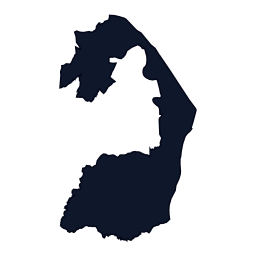 Calamar, Bolívar, Colombia
{"feature_id": "7082276B23618457670611", "entity_name": "Calamar", "entity_type": "district", "adm_level": 2, "iso_a3": "COL", "parent_name": "Colombia", "parent_adm1": "Bolívar", "projection": "robinson", "projection_center": [-75.024, 10.234], "detail": "fine", "context": "isolated", "style": "filled", "palette": "ink", "viewbox_px": 256, "rotation_deg": 0, "n_neighbors": 0, "source": "geoboundaries", "source_scale": "gbopen_adm2", "svg_char_len": 5693}
<svg xmlns="http://www.w3.org/2000/svg" viewBox="0 0 256 256"><path d="M109.6,15.4L109.5,18.5L109.1,18.7L109.1,19.5L108.3,20.3L104.7,21.5L103.6,23.3L101.2,23.9L101.0,24.7L100.3,24.8L99.6,24.1L99.6,23.0L98.8,23.3L97.3,25.3L97.3,26.4L97.0,25.7L96.6,26.1L96.4,28.4L95.6,30.2L93.7,31.2L92.6,32.3L91.5,32.3L91.3,32.7L91.3,32.2L90.6,32.4L90.2,32.0L89.1,31.6L83.6,32.6L81.9,32.5L79.6,32.2L76.7,31.1L74.7,32.1L76.2,36.6L76.6,42.4L79.2,45.9L80.6,49.1L78.8,48.7L75.7,47.0L76.4,53.8L75.1,54.8L74.1,57.5L73.4,58.2L72.2,61.2L70.5,64.2L66.1,63.9L64.3,65.3L61.8,65.8L62.0,67.8L60.7,71.6L61.0,75.2L60.0,87.8L61.9,87.3L63.4,86.1L64.1,86.7L65.3,86.5L66.2,86.0L67.1,84.9L69.6,83.2L70.8,82.7L71.2,82.0L71.9,81.6L72.9,79.8L73.3,80.3L74.2,79.2L74.6,79.1L74.9,79.3L75.0,78.5L75.6,78.4L76.0,77.6L77.2,76.6L78.8,76.1L81.0,74.3L80.7,75.7L79.6,76.7L79.3,77.7L79.6,78.5L79.6,80.3L80.1,81.0L80.4,82.5L80.1,86.0L79.7,87.1L78.0,89.6L77.2,91.8L79.1,92.5L78.8,93.2L77.4,94.1L76.6,97.0L77.6,97.2L78.6,96.8L79.8,97.3L81.1,97.1L83.3,97.4L86.2,100.7L86.8,100.6L87.8,101.1L89.1,100.1L90.7,101.6L91.3,101.6L93.4,99.4L94.3,96.5L95.8,96.5L96.1,95.1L96.7,94.9L97.0,94.3L97.1,92.7L98.4,91.3L98.7,90.4L99.2,89.7L99.9,89.1L101.3,91.1L103.6,93.3L105.4,91.5L108.0,86.9L111.6,84.2L112.7,82.5L114.2,82.1L115.0,81.5L109.5,77.1L111.1,74.2L111.9,71.6L113.1,69.8L116.0,63.2L112.5,63.4L109.6,62.9L108.5,62.3L109.0,60.9L108.7,58.5L108.8,58.0L109.0,57.6L109.0,57.9L109.8,57.4L109.6,57.2L109.9,57.0L110.7,57.0L110.5,56.8L112.2,57.2L113.6,56.8L115.3,56.8L119.4,58.4L120.0,58.3L121.2,58.6L122.1,57.7L122.6,57.6L124.8,55.2L126.3,52.1L126.4,51.0L126.9,50.8L127.4,50.2L131.7,47.2L138.2,44.4L138.2,44.7L140.6,46.1L141.8,47.2L142.4,48.5L142.3,48.9L142.9,47.9L143.0,48.4L144.3,48.6L143.5,48.3L143.6,48.1L144.8,48.7L146.5,54.9L146.8,55.0L147.1,59.6L146.8,63.8L146.0,65.8L143.9,68.1L143.3,69.9L143.1,72.3L143.7,74.9L145.0,76.6L146.2,77.6L149.4,79.2L152.5,79.8L155.6,79.2L157.4,79.7L159.8,89.0L160.6,93.2L161.4,95.2L161.3,96.9L160.8,97.6L159.5,98.0L156.9,97.7L154.5,98.0L153.6,98.3L152.9,99.6L153.2,101.2L154.0,102.6L156.6,105.1L158.0,106.0L159.4,107.7L159.8,110.3L159.9,114.2L162.4,114.4L160.9,117.0L159.9,117.7L159.4,118.8L159.3,120.2L159.9,134.4L161.9,137.9L160.3,142.9L160.7,145.3L158.8,147.4L157.3,147.2L156.4,148.2L155.2,147.3L153.8,150.0L152.2,149.1L150.8,150.2L150.1,149.0L150.2,156.3L148.1,155.6L147.7,155.0L145.6,154.9L143.4,154.1L139.3,152.1L136.1,151.9L134.8,151.6L131.8,152.3L131.2,153.1L127.9,153.5L126.5,154.6L124.7,155.1L120.3,155.1L119.7,155.5L119.2,156.4L117.7,157.3L117.0,157.3L115.1,155.9L113.1,155.0L109.1,155.7L106.9,155.2L105.8,154.3L103.5,154.1L101.0,155.8L100.7,156.6L99.9,157.1L97.9,159.9L97.2,161.1L96.6,164.5L96.1,165.3L94.0,166.2L93.2,167.1L91.9,167.3L90.9,167.1L89.9,166.0L86.5,165.6L85.4,167.8L82.8,168.3L82.3,171.4L82.8,171.6L83.7,173.6L83.7,174.2L82.7,176.6L80.9,178.4L80.0,178.8L80.5,180.7L81.6,182.6L79.9,184.2L79.5,185.7L80.2,186.8L80.1,187.6L80.5,188.8L79.3,189.5L78.5,189.3L77.6,189.7L73.5,189.4L72.3,190.9L72.2,193.0L73.1,194.2L73.0,194.8L74.5,195.4L73.5,196.2L73.2,196.1L73.0,196.4L72.4,196.1L72.3,197.3L71.8,197.4L71.6,197.8L71.1,197.9L71.1,198.2L70.8,198.1L70.4,198.4L70.0,198.2L69.9,198.7L69.4,198.9L69.5,199.2L69.3,199.2L69.1,200.5L68.8,200.4L68.8,200.8L68.6,200.8L68.9,202.1L68.0,201.8L67.6,202.1L68.0,202.3L67.6,202.5L67.4,203.2L67.8,203.5L68.0,204.4L67.6,204.8L67.5,205.3L67.2,205.3L66.4,206.0L66.0,206.0L66.3,206.8L65.8,206.6L65.7,207.0L65.4,206.7L65.1,207.3L65.4,207.2L65.3,207.5L65.6,207.8L65.4,208.0L65.1,207.7L65.1,208.2L66.4,208.7L66.8,209.3L66.4,209.3L66.7,209.7L66.3,210.8L65.1,211.5L65.1,211.8L64.6,211.6L64.0,213.7L64.4,214.2L64.5,216.0L63.9,216.7L62.6,217.2L62.6,217.7L61.5,219.4L61.4,220.4L61.8,221.1L61.3,221.4L61.3,222.1L60.9,222.6L61.2,223.3L61.0,223.5L60.7,225.4L61.3,226.4L62.6,227.5L64.3,228.5L65.7,228.6L66.3,229.4L67.4,229.9L67.7,230.2L67.7,231.1L69.4,232.2L70.2,231.7L70.3,231.8L71.1,231.1L71.0,231.3L72.2,231.7L72.9,231.2L73.0,231.6L73.3,231.5L73.6,232.2L74.2,232.2L74.6,231.6L75.3,231.2L75.7,230.3L76.1,230.2L76.2,229.7L77.1,229.1L77.6,229.0L77.8,229.3L78.5,228.8L78.8,228.3L80.8,228.0L81.7,228.2L82.5,227.4L82.5,226.8L83.6,227.0L84.2,225.9L87.0,225.3L89.0,226.3L90.7,226.0L92.2,226.5L92.8,226.2L96.1,226.5L97.6,229.0L98.0,230.0L98.0,230.7L101.6,233.1L102.6,234.9L102.9,236.8L104.2,237.8L104.5,237.7L105.6,235.3L105.5,234.5L106.0,234.2L106.7,234.5L106.9,235.0L108.2,236.1L108.8,235.6L109.1,235.0L110.0,235.0L110.8,234.1L112.3,234.4L113.4,234.1L113.8,234.5L114.7,234.5L115.2,235.6L116.3,235.2L116.7,235.3L117.6,237.1L117.6,238.0L118.3,237.9L118.7,238.6L119.4,237.4L119.7,237.4L120.0,237.8L120.2,237.5L120.9,237.6L120.3,238.4L121.0,238.6L120.9,239.0L120.5,239.1L120.9,239.8L121.6,239.4L123.0,239.2L123.7,239.8L124.2,239.7L124.3,239.4L125.1,239.9L125.8,239.8L126.8,240.6L126.9,239.4L127.4,238.8L130.5,240.1L131.4,240.0L132.7,238.3L133.4,238.4L133.4,237.7L133.9,237.5L134.3,236.6L134.5,237.0L135.1,237.0L136.2,236.2L136.7,236.6L138.4,235.7L139.2,234.6L140.6,233.9L140.3,233.1L141.1,231.8L144.3,232.0L145.5,231.4L146.8,231.3L147.7,231.5L148.4,232.5L149.1,232.6L150.7,230.4L151.3,228.9L153.8,225.9L154.9,226.1L156.0,225.2L157.0,225.3L158.5,224.9L160.1,223.3L161.5,223.4L164.1,223.0L165.9,222.2L166.3,222.3L169.6,219.2L169.0,215.6L168.7,210.2L169.1,205.0L171.0,198.3L175.1,190.5L175.8,185.4L178.9,178.6L180.1,174.3L180.4,171.4L179.9,164.6L179.9,159.0L180.6,156.4L181.2,150.9L182.6,143.8L185.0,136.4L187.0,133.7L190.5,130.5L191.7,128.6L190.9,128.1L192.7,122.6L196.0,110.1L195.4,108.5L189.1,100.1L169.6,70.3L160.2,56.4L160.1,56.6L155.0,48.4L150.6,44.8L140.8,32.9L137.8,31.3L135.8,29.7L125.8,19.2L124.2,18.3L119.2,16.8L114.5,15.7L109.6,15.4Z" fill="#0f172a" stroke="#020617" stroke-width="1.5"/></svg>